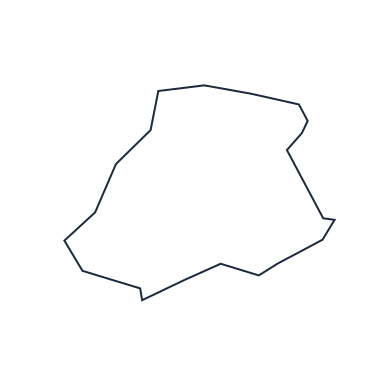 Lomma, Skåne, Sweden, rotated 62°
{"feature_id": "70781695B45241162189836", "entity_name": "Lomma", "entity_type": "district", "adm_level": 2, "iso_a3": "SWE", "parent_name": "Sweden", "parent_adm1": "Skåne", "projection": "mercator", "projection_center": [13.097, 55.727], "detail": "fine", "context": "isolated", "style": "outline", "palette": "slate", "viewbox_px": 384, "rotation_deg": 62, "n_neighbors": 0, "source": "geoboundaries", "source_scale": "gbopen_adm2", "svg_char_len": 442}
<svg xmlns="http://www.w3.org/2000/svg" viewBox="0 0 384 384"><g transform="rotate(62 192 192)"><path d="M87.0,174.3L117.9,199.5L131.6,246.0L164.5,287.1L175.0,327.5L210.2,325.7L234.2,301.7L252.8,283.0L264.1,286.8L266.1,240.4L268.8,200.4L297.0,172.2L295.4,149.8L295.4,99.1L283.5,79.2L276.8,88.5L228.8,88.5L199.5,88.5L191.5,67.2L183.5,56.5L164.9,56.5L132.9,93.8L103.6,131.1L87.0,174.3Z" fill="none" stroke="#1e293b" stroke-width="2"/></g></svg>